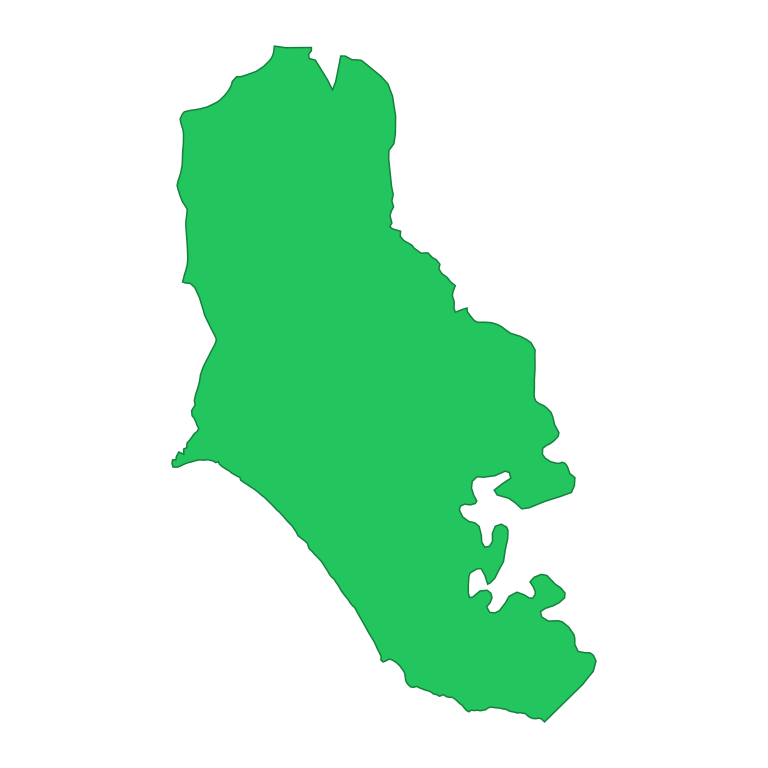 Damnak Chang'aeur, Kep, Cambodia
{"feature_id": "14789045B40625138600094", "entity_name": "Damnak Chang'aeur", "entity_type": "district", "adm_level": 2, "iso_a3": "KHM", "parent_name": "Cambodia", "parent_adm1": "Kep", "projection": "orthographic", "projection_center": [104.383, 10.512], "detail": "fine", "context": "isolated", "style": "filled", "palette": "green", "viewbox_px": 768, "rotation_deg": 0, "n_neighbors": 0, "source": "geoboundaries", "source_scale": "gbopen_adm2", "svg_char_len": 5594}
<svg xmlns="http://www.w3.org/2000/svg" viewBox="0 0 768 768"><path d="M274.4,46.1L274.3,46.3L273.9,50.9L272.9,55.0L271.2,58.5L268.5,61.7L263.4,66.6L256.0,71.5L247.4,74.6L240.8,76.7L236.6,76.7L232.3,81.5L231.2,85.8L228.0,91.3L224.1,96.0L219.7,100.3L216.7,102.4L213.0,104.2L207.1,107.0L203.7,107.9L200.3,108.8L195.0,109.8L190.4,110.4L184.3,111.8L182.4,114.1L180.1,119.0L181.1,123.9L182.1,126.9L183.1,130.3L183.5,134.1L183.5,139.2L183.3,144.8L182.7,151.7L182.5,156.3L182.4,160.4L182.1,165.9L180.6,173.3L179.4,177.0L177.9,181.6L177.1,185.4L178.3,190.2L179.5,194.0L181.1,198.4L182.7,202.3L184.7,205.0L187.2,209.4L186.9,213.6L185.9,221.5L185.9,226.4L186.3,232.5L187.0,241.3L187.4,248.2L187.6,253.7L187.8,259.0L187.2,265.1L186.0,269.9L184.4,274.8L183.6,278.2L182.6,282.0L185.6,283.0L190.3,283.4L194.8,287.5L196.9,292.1L199.4,297.5L201.1,303.1L202.9,308.8L204.7,315.2L206.7,319.6L208.7,323.5L211.2,328.7L214.4,334.8L216.3,338.9L215.9,341.7L214.6,344.9L211.0,351.6L208.9,355.8L206.7,360.0L203.5,366.4L202.0,370.2L200.4,375.1L199.8,380.1L198.7,384.8L197.1,390.1L195.6,394.5L194.3,400.6L195.2,405.0L193.1,408.2L191.6,410.7L192.1,415.8L194.2,418.2L195.8,421.8L197.2,425.7L198.7,428.3L197.4,431.2L194.2,433.7L191.2,438.1L189.5,440.4L187.1,442.9L186.7,447.7L183.7,449.0L183.8,454.2L178.8,452.0L176.4,456.4L175.9,459.8L172.6,459.8L172.0,463.2L172.9,467.0L177.8,467.1L180.3,466.1L183.0,464.7L186.0,463.4L188.7,462.5L191.5,461.9L195.5,460.7L198.5,460.0L201.6,460.0L204.6,460.1L207.9,459.7L210.6,460.4L213.2,461.0L215.7,462.6L218.3,461.8L219.6,464.4L222.3,466.6L224.7,468.3L227.0,469.7L229.5,471.1L231.5,472.9L234.4,474.6L236.8,476.0L240.0,477.4L240.6,480.1L243.3,482.1L247.7,484.8L250.6,486.9L254.2,489.1L257.7,491.8L261.9,495.5L264.1,497.1L266.1,499.0L268.8,501.6L271.9,504.7L274.9,507.9L277.1,510.2L279.6,512.3L283.6,516.7L285.6,519.1L287.4,521.2L290.1,523.9L292.0,525.8L294.7,529.8L296.2,532.0L298.0,535.7L300.8,537.9L305.5,541.5L307.4,543.4L309.1,548.7L312.2,551.5L314.6,554.3L317.7,557.4L321.2,561.2L322.9,563.6L325.5,567.8L327.5,570.8L329.5,574.4L331.1,576.5L334.2,579.3L335.9,582.1L337.9,584.9L339.9,588.3L341.3,590.8L343.3,593.6L348.2,599.7L350.4,603.1L352.4,605.6L354.7,607.5L356.9,611.7L364.8,625.6L368.8,632.9L371.7,637.7L373.7,640.9L375.0,643.3L377.3,648.7L378.7,651.3L380.0,654.0L381.3,657.0L380.8,659.9L383.1,662.0L386.5,660.6L389.0,659.1L392.2,659.9L396.1,662.4L399.6,665.6L403.2,670.5L404.7,673.2L405.2,676.6L405.7,680.7L407.6,684.0L410.4,686.8L413.3,687.4L416.6,686.4L420.1,688.1L425.3,690.1L428.8,691.0L431.2,692.2L433.4,693.9L436.7,694.7L439.5,696.2L443.7,694.7L446.2,696.6L448.8,697.2L452.6,697.4L455.5,699.5L457.9,701.7L459.9,703.7L462.2,705.2L464.0,707.6L466.3,710.3L468.9,711.8L471.3,710.1L474.1,710.6L477.2,710.2L480.3,710.7L482.9,710.3L485.8,709.7L487.9,708.0L490.7,707.0L493.4,707.4L496.3,707.9L499.4,708.0L503.1,709.0L505.9,709.2L508.4,710.7L511.3,711.6L514.4,712.1L517.1,713.0L520.3,712.7L522.9,713.2L525.5,713.7L527.8,715.9L530.2,717.5L532.9,718.5L536.0,718.7L538.6,718.2L541.3,718.8L544.5,721.9L582.6,684.5L588.0,677.6L593.2,671.4L596.0,661.1L593.4,655.3L590.1,652.9L584.8,652.7L578.1,651.4L574.8,644.4L574.8,638.5L573.9,634.6L568.6,627.0L562.3,621.9L558.3,620.7L548.4,621.1L541.7,617.0L540.5,611.6L545.3,608.4L553.4,605.7L559.3,602.6L564.6,597.8L565.0,593.0L560.7,587.9L555.4,584.3L546.8,575.4L541.2,574.4L534.3,577.2L530.0,581.9L533.1,586.5L535.3,591.7L535.0,594.9L532.5,598.3L528.9,597.9L524.2,594.8L516.9,592.2L509.1,596.3L505.4,602.9L499.3,610.8L494.6,613.0L489.6,612.3L486.6,606.8L490.1,602.7L492.0,597.8L491.0,593.4L487.3,590.3L480.1,590.9L472.6,597.2L469.5,597.4L468.3,592.9L468.3,586.0L468.8,577.0L470.0,573.0L477.0,568.9L481.1,568.6L484.8,575.1L487.7,584.2L490.2,582.9L494.7,578.4L498.7,570.4L503.5,561.5L505.4,549.0L507.7,538.9L508.0,530.4L506.6,527.1L501.2,524.2L495.3,526.3L492.4,533.2L492.5,541.4L489.4,546.4L484.7,547.1L481.7,542.0L481.4,535.5L479.1,526.4L474.8,522.8L468.7,521.4L462.7,516.9L459.4,510.2L460.3,506.1L464.7,504.1L470.2,504.9L475.3,503.5L476.8,500.9L473.8,495.4L471.5,488.2L472.2,481.4L474.2,479.5L477.1,476.7L483.7,477.2L494.9,475.7L505.1,471.2L509.3,472.5L510.8,478.2L502.7,483.5L494.2,490.1L497.2,495.0L508.6,498.2L515.0,502.6L521.8,508.9L529.4,507.7L545.1,501.3L560.6,496.4L571.5,492.4L574.4,485.6L574.9,477.6L569.8,473.5L567.9,467.9L566.7,465.5L564.9,463.2L562.2,462.3L559.6,463.3L556.8,463.3L553.3,462.4L550.6,461.7L545.2,458.2L542.4,454.3L542.7,448.3L546.6,445.3L549.2,444.2L551.5,442.7L554.3,440.5L558.2,436.3L558.9,432.6L555.9,427.1L554.6,424.7L553.5,419.9L552.8,417.0L551.0,412.4L546.7,407.9L543.7,405.6L538.7,403.4L535.8,401.1L534.4,397.7L534.1,394.2L534.4,388.3L534.4,379.9L534.7,373.9L535.0,369.3L535.0,363.5L534.9,354.6L535.1,350.0L530.9,342.6L526.3,339.4L520.2,336.3L510.6,333.3L506.3,330.3L501.8,326.9L497.4,324.5L493.9,323.4L490.9,322.6L484.3,322.2L480.2,322.3L476.9,322.1L473.8,320.1L470.5,316.1L467.4,311.8L467.0,308.0L461.8,309.7L457.0,311.6L455.3,312.2L454.0,308.3L454.2,301.7L452.3,295.5L453.0,291.8L455.3,285.6L450.7,282.0L447.0,277.3L442.0,273.7L438.9,269.0L439.9,264.2L436.2,259.7L432.2,257.4L427.9,252.9L421.0,253.1L414.3,248.4L412.0,245.3L403.7,240.5L400.2,236.3L400.6,231.2L393.7,229.3L392.1,228.5L389.8,226.6L391.9,223.0L390.0,215.6L391.3,211.2L393.6,206.9L391.9,200.9L393.2,194.5L391.6,186.8L388.7,159.1L388.9,150.5L393.9,143.7L395.4,133.7L395.6,115.9L392.5,96.1L387.9,83.9L380.9,76.2L361.5,60.4L356.7,59.8L352.2,59.8L345.3,56.1L340.7,56.0L339.5,62.7L335.7,81.5L332.5,89.9L327.5,79.8L315.3,60.1L309.1,58.5L308.7,54.1L311.4,50.8L311.4,47.5L285.6,47.7L274.4,46.1Z" fill="#22c55e" stroke="#15803d" stroke-width="1.5"/></svg>